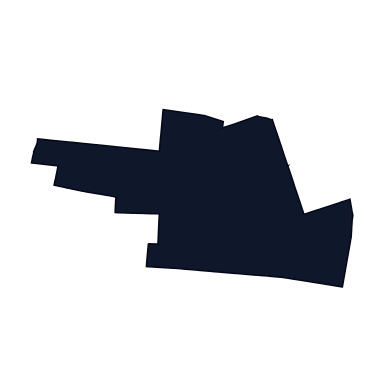 outline of Perisoru, Calarasi, Romania, rotated 275°
{"feature_id": "2599482B98819823315951", "entity_name": "Perisoru", "entity_type": "district", "adm_level": 2, "iso_a3": "ROU", "parent_name": "Romania", "parent_adm1": "Calarasi", "projection": "mercator", "projection_center": [27.524, 44.441], "detail": "fine", "context": "isolated", "style": "filled", "palette": "ink", "viewbox_px": 384, "rotation_deg": 275, "n_neighbors": 0, "source": "geoboundaries", "source_scale": "gbopen_adm2", "svg_char_len": 4792}
<svg xmlns="http://www.w3.org/2000/svg" viewBox="0 0 384 384"><g transform="rotate(275 192 192)"><path d="M182.5,354.3L184.1,353.9L185.6,353.4L186.7,353.1L188.2,352.7L190.7,352.1L192.8,351.5L194.8,351.0L198.6,350.0L197.7,348.0L196.3,344.8L194.8,341.1L194.7,341.0L194.6,340.8L194.5,340.7L192.5,336.0L190.9,332.2L190.4,331.1L182.3,311.9L180.4,307.7L180.0,306.6L179.5,305.5L197.8,297.6L206.1,293.9L208.1,293.1L210.3,292.2L212.2,291.4L215.0,290.2L215.4,290.0L216.9,289.4L217.7,289.0L218.3,288.8L221.6,287.3L223.7,286.4L225.4,285.6L226.2,285.3L226.3,285.4L226.6,285.6L226.4,285.1L227.6,284.6L229.9,283.6L230.7,283.2L232.9,282.3L233.7,281.9L237.6,280.2L239.3,279.5L240.3,279.1L240.7,278.9L243.3,277.8L246.2,276.6L247.7,275.9L249.2,275.2L250.3,274.8L252.3,273.9L253.2,273.5L254.0,273.2L254.9,272.7L255.7,272.4L257.4,271.7L258.0,271.4L259.8,270.6L261.6,269.8L263.5,269.0L265.4,268.1L266.6,267.6L267.6,267.2L269.0,266.6L271.2,265.7L271.1,265.2L271.1,264.9L271.0,264.3L271.0,264.1L271.2,263.5L271.6,262.2L271.9,260.9L272.1,260.3L272.1,260.2L272.2,259.7L272.3,258.1L272.4,257.4L272.5,255.7L272.6,254.6L272.7,253.7L272.8,253.0L272.8,252.5L272.8,252.3L273.0,251.9L273.1,251.5L273.2,251.2L273.4,250.8L273.5,250.4L267.3,236.8L263.3,228.1L258.6,216.8L264.9,217.0L269.3,197.6L269.3,195.6L269.6,193.1L270.4,177.2L271.6,156.1L269.2,156.0L267.4,156.0L265.9,156.0L263.6,156.0L262.2,156.0L260.5,156.0L258.8,156.0L257.8,156.0L256.6,156.0L253.7,156.0L251.5,156.0L250.1,156.0L246.1,156.0L244.3,155.9L242.6,155.9L239.9,155.9L238.1,155.9L235.1,155.9L232.9,155.9L229.8,155.9L229.8,155.0L229.8,154.1L230.0,145.9L230.1,139.2L230.1,135.3L230.2,129.8L230.2,127.0L230.3,125.0L230.3,122.2L230.3,121.2L230.4,115.9L230.4,111.9L230.5,110.8L230.5,108.4L230.6,103.6L230.7,98.7L230.7,94.7L230.8,93.5L230.7,90.8L230.8,87.5L230.9,78.5L231.0,74.0L231.1,67.9L231.0,66.4L231.1,62.5L231.1,60.9L231.1,59.4L231.2,53.1L231.2,52.2L231.2,51.5L231.2,49.5L231.3,44.7L231.5,36.0L231.5,34.8L231.5,33.5L229.8,33.6L228.5,33.6L227.9,33.5L226.6,33.3L224.4,32.7L220.5,31.3L219.1,31.2L218.7,30.7L217.6,30.8L216.7,30.8L215.3,30.6L213.7,30.3L211.1,30.0L209.1,29.8L207.0,29.5L207.0,29.9L206.9,31.0L206.9,32.5L206.8,37.3L206.7,42.0L206.6,42.9L206.6,44.1L206.6,46.2L206.5,47.4L206.5,50.1L206.4,50.9L206.4,53.6L206.3,56.2L205.8,56.2L204.4,56.1L203.6,56.0L202.3,55.8L199.7,55.6L197.6,55.3L195.5,55.1L193.3,54.9L193.0,54.8L192.8,54.8L192.6,54.7L192.3,54.7L191.8,54.6L191.3,54.5L187.5,54.1L186.8,54.0L186.6,56.0L186.4,57.3L186.2,58.6L186.1,59.4L186.0,60.3L185.9,61.6L185.7,63.2L185.6,64.2L185.5,65.2L185.3,65.8L185.1,66.6L185.1,67.2L185.0,68.7L184.6,71.6L184.3,74.0L184.2,75.1L183.8,78.3L183.4,81.7L183.3,82.6L183.2,83.6L183.2,84.5L183.1,85.1L182.9,86.3L182.6,90.1L182.5,91.8L182.4,93.1L182.3,93.8L182.3,94.8L182.2,95.3L182.1,97.2L182.0,97.9L181.8,101.5L181.6,103.5L181.4,105.8L181.3,106.4L181.3,106.8L181.2,107.8L181.3,107.9L181.3,108.0L180.9,111.7L180.6,114.4L180.4,116.0L180.4,116.6L178.1,116.7L173.7,116.8L171.1,116.9L166.6,117.1L164.9,117.2L164.8,117.3L164.8,117.5L165.0,121.4L165.1,123.5L165.3,126.1L165.3,127.1L165.7,134.4L165.9,136.9L166.0,138.4L166.0,139.1L166.0,139.8L166.1,140.3L166.3,143.7L166.4,145.1L166.7,151.6L166.9,154.1L167.3,159.8L167.4,161.3L166.9,161.3L166.0,161.4L165.1,161.4L163.9,161.5L162.7,161.5L161.8,161.5L161.2,161.5L160.4,161.6L159.3,161.6L158.4,161.7L157.2,161.7L155.8,161.8L154.1,161.8L152.4,161.9L151.2,162.0L150.2,162.0L149.6,162.0L148.9,162.1L148.2,162.1L147.6,162.1L146.3,162.2L143.8,162.3L139.7,162.5L137.2,162.6L136.8,156.3L136.7,153.8L136.7,153.6L136.5,153.3L136.4,153.2L136.2,153.1L135.6,153.0L134.9,153.0L134.2,153.0L133.4,153.1L132.1,153.0L130.8,153.0L129.0,153.0L127.9,153.0L126.7,153.0L125.4,153.0L124.5,153.0L122.4,153.0L120.8,153.0L118.8,153.0L117.2,153.0L116.0,153.0L114.6,153.1L113.7,153.1L113.8,156.1L113.9,159.6L114.0,164.5L114.1,168.7L114.2,172.5L114.3,174.8L114.3,177.2L114.4,179.0L114.4,180.5L114.5,182.1L114.6,186.5L114.5,190.6L114.6,203.0L114.5,207.1L114.6,217.0L114.6,218.4L114.6,219.0L114.5,219.8L114.6,224.8L114.6,225.2L114.6,226.1L114.6,227.1L114.6,229.1L114.6,233.4L114.6,236.2L114.6,238.6L114.6,242.0L114.7,243.7L114.7,245.0L114.7,247.5L114.7,250.1L114.7,251.9L114.7,252.8L114.7,255.1L114.7,257.6L114.7,259.5L114.7,261.5L114.7,262.1L114.8,263.3L114.8,265.1L114.8,265.8L114.8,267.5L114.8,268.6L114.8,269.6L114.9,272.4L114.9,273.4L114.9,274.6L114.9,275.4L114.8,278.1L114.8,280.3L114.8,280.7L114.8,283.2L114.8,285.2L114.8,288.0L114.8,289.9L114.4,296.0L114.1,299.4L114.1,299.8L113.7,305.8L113.4,310.4L113.1,314.5L112.6,321.0L111.9,331.3L111.8,332.0L110.5,349.5L110.5,350.1L129.2,351.7L141.7,352.8L151.6,353.7L159.0,354.3L160.6,354.5L162.4,354.5L164.3,354.4L165.7,354.4L170.6,354.2L175.7,354.1L177.9,354.0L180.3,354.2L182.3,354.3L182.5,354.3Z" fill="#0f172a" stroke="#020617" stroke-width="1.5"/></g></svg>